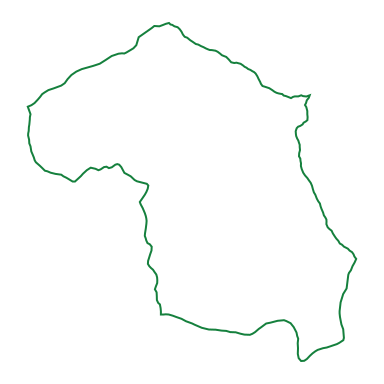 Teodoro Sampaio, São Paulo, Brazil
{"feature_id": "56859067B41725338982994", "entity_name": "Teodoro Sampaio", "entity_type": "district", "adm_level": 2, "iso_a3": "BRA", "parent_name": "Brazil", "parent_adm1": "São Paulo", "projection": "mercator", "projection_center": [-52.368, -22.428], "detail": "fine", "context": "isolated", "style": "outline", "palette": "green", "viewbox_px": 384, "rotation_deg": 0, "n_neighbors": 0, "source": "geoboundaries", "source_scale": "gbopen_adm2", "svg_char_len": 3902}
<svg xmlns="http://www.w3.org/2000/svg" viewBox="0 0 384 384"><path d="M160.9,314.5L163.8,314.5L165.7,314.3L168.7,314.5L172.8,315.7L176.0,316.9L181.5,318.8L186.1,321.3L187.8,321.9L192.2,323.5L194.6,324.7L201.8,327.8L208.8,329.5L215.6,329.7L221.5,330.6L226.2,330.9L230.3,332.1L235.7,332.3L240.4,333.7L244.4,334.6L249.9,334.8L252.4,333.8L255.1,332.1L258.8,328.9L260.4,327.8L266.2,323.5L270.3,322.7L277.6,320.8L284.0,320.2L286.2,321.0L290.6,323.2L293.7,327.1L296.5,332.5L297.2,336.0L298.2,338.7L297.7,343.2L298.0,348.2L297.8,353.9L298.7,358.2L301.1,361.0L304.2,360.8L306.9,359.0L310.0,355.7L312.5,353.4L315.3,351.3L317.7,349.9L323.0,348.2L326.8,347.5L336.9,344.1L339.0,343.0L343.3,340.2L343.9,337.9L343.2,329.2L341.4,324.4L340.0,317.1L339.6,313.4L339.6,311.1L340.6,302.4L343.2,294.0L346.6,288.5L348.3,274.8L349.0,272.9L350.9,270.3L352.5,266.2L354.6,262.5L356.2,258.9L354.4,256.5L353.6,254.4L352.1,252.2L349.6,250.6L347.9,248.7L346.0,247.7L344.0,246.7L342.0,244.7L339.8,243.5L338.3,240.8L336.3,238.6L334.9,236.6L332.9,233.5L331.6,230.7L329.4,229.0L327.7,227.3L326.4,224.2L326.5,221.5L326.4,219.5L325.3,217.4L323.9,215.4L323.1,212.6L321.5,208.9L320.6,206.4L319.9,203.5L318.2,201.2L316.8,198.6L315.3,194.7L313.9,192.4L312.9,189.2L312.0,185.8L310.7,182.8L308.8,180.2L307.4,178.1L305.0,175.4L303.2,172.7L301.7,169.0L300.9,166.0L301.0,163.3L300.5,160.9L300.3,158.6L299.0,156.3L299.2,153.1L300.0,150.1L299.7,146.9L299.7,144.8L298.9,142.5L298.3,140.5L297.2,138.6L296.2,136.1L295.9,134.1L295.7,131.2L296.7,128.2L298.1,126.7L300.3,125.9L302.6,124.4L303.6,122.7L305.9,121.4L307.4,120.1L307.6,117.1L307.3,114.3L307.3,111.0L306.3,107.1L305.0,105.0L306.0,103.1L306.8,100.3L308.8,97.8L309.7,95.3L306.4,96.5L303.0,96.1L301.2,95.3L298.3,96.4L294.8,96.4L293.0,96.9L291.0,98.1L288.3,97.0L286.0,96.1L283.6,95.5L282.3,94.1L280.5,93.8L278.5,93.4L276.5,92.8L274.4,91.7L272.4,90.2L269.3,88.2L265.1,86.8L262.5,86.0L260.9,83.8L260.2,82.0L258.7,79.2L257.3,76.2L255.6,73.5L254.1,72.1L252.2,71.1L250.4,69.9L248.1,69.0L246.5,67.7L244.6,66.8L243.1,65.5L240.6,63.8L238.3,63.2L236.5,62.7L234.2,63.0L231.2,62.3L228.7,59.4L226.2,56.9L224.1,56.1L221.9,55.2L220.2,53.7L217.7,51.8L215.5,50.7L211.9,50.1L209.7,50.0L207.9,49.3L205.8,48.4L203.6,47.2L201.0,46.1L198.3,44.6L195.8,44.0L194.1,42.8L192.5,41.7L190.2,40.2L187.2,37.7L184.7,36.8L182.9,34.5L181.5,31.7L179.7,29.2L177.6,27.2L174.4,26.3L172.3,24.9L170.5,24.5L169.0,23.0L165.9,23.8L162.9,25.0L159.4,26.3L154.3,26.0L151.8,28.0L138.7,37.2L136.3,45.2L133.4,48.3L131.1,49.7L126.4,52.5L124.3,53.5L122.0,53.3L118.5,53.7L111.7,56.0L105.8,59.9L99.8,63.7L95.6,65.1L92.8,66.0L81.8,69.1L76.3,71.6L71.4,75.0L67.7,79.0L64.7,83.2L61.2,85.6L53.6,88.4L48.4,90.1L44.5,92.5L42.1,94.2L40.2,96.8L37.8,99.6L34.5,103.1L31.4,105.2L27.8,106.7L30.5,114.2L29.9,117.1L29.8,119.6L29.3,124.8L28.9,127.0L28.7,131.0L28.2,133.4L28.1,135.5L29.1,139.7L29.3,143.4L30.5,146.3L31.3,151.4L32.8,154.9L33.9,157.6L34.7,160.3L35.9,162.3L39.9,165.8L42.4,168.2L44.9,170.7L47.4,171.3L50.6,172.7L55.5,173.9L61.3,174.7L63.4,176.3L66.3,177.7L68.5,179.0L70.3,180.1L72.6,181.5L75.0,181.5L80.8,176.2L83.0,173.7L86.8,170.2L90.7,167.7L95.5,168.8L98.4,170.2L100.6,169.4L104.0,167.1L106.5,166.7L108.9,168.1L111.8,167.3L115.3,164.7L117.3,164.1L119.2,164.7L121.3,167.1L123.0,170.3L124.4,172.9L127.8,174.7L130.7,176.3L132.3,177.8L134.6,180.0L137.0,181.3L146.8,183.8L148.3,185.5L147.7,188.8L146.4,191.9L144.9,194.6L141.9,199.0L139.8,202.0L140.7,204.4L142.7,208.1L144.9,213.3L145.8,216.1L146.3,218.4L146.6,220.9L146.4,223.7L145.8,228.5L145.0,233.5L144.8,235.9L145.7,238.3L146.3,240.5L147.5,243.1L149.8,244.3L151.7,246.7L151.5,250.5L150.1,254.5L149.0,258.1L148.1,260.9L147.9,263.9L149.3,266.2L151.0,268.0L153.0,269.7L154.5,272.0L156.3,274.5L157.1,277.4L157.3,280.1L157.2,283.1L156.0,286.1L154.9,289.3L156.6,292.3L156.8,296.1L156.9,300.1L158.2,302.9L159.9,304.4L160.6,308.1L160.9,311.3L160.9,314.5Z" fill="none" stroke="#15803d" stroke-width="2"/></svg>